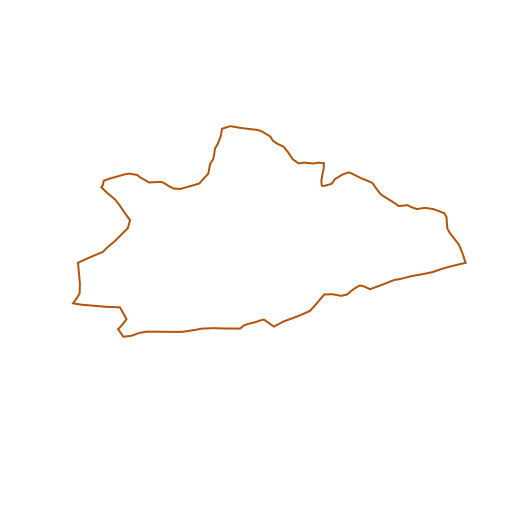 the district of Pshdar, As-Sulaymaniyah, Iraq, rotated 310°
{"feature_id": "34846034B40807866261239", "entity_name": "Pshdar", "entity_type": "district", "adm_level": 2, "iso_a3": "IRQ", "parent_name": "Iraq", "parent_adm1": "As-Sulaymaniyah", "projection": "robinson", "projection_center": [45.138, 36.265], "detail": "fine", "context": "isolated", "style": "outline", "palette": "amber", "viewbox_px": 512, "rotation_deg": 310, "n_neighbors": 0, "source": "geoboundaries", "source_scale": "gbopen_adm2", "svg_char_len": 1866}
<svg xmlns="http://www.w3.org/2000/svg" viewBox="0 0 512 512"><g transform="rotate(310 256 256)"><path d="M385.6,421.0L387.1,418.3L390.1,413.7L395.1,404.2L396.6,397.3L398.1,390.1L400.0,385.0L404.1,380.9L408.3,376.8L409.8,372.7L406.0,361.8L401.5,354.5L395.4,349.1L393.1,343.1L392.4,339.5L385.9,333.1L385.9,331.3L385.2,324.9L383.6,314.4L383.6,310.8L385.1,304.4L386.7,298.5L386.3,296.2L383.2,286.7L381.7,280.7L380.6,275.7L379.4,273.0L373.8,269.8L365.8,267.1L359.8,267.5L353.3,263.0L352.2,261.2L355.2,258.0L360.5,254.8L366.6,251.6L370.7,248.4L367.7,243.9L363.9,240.7L359.7,234.7L358.6,232.9L354.4,229.3L353.7,222.0L356.0,214.2L357.5,207.0L355.6,199.7L355.2,194.7L356.7,190.1L355.2,180.5L353.7,176.4L344.2,161.9L338.9,152.8L331.7,148.2L325.3,151.9L317.4,154.6L311.7,155.6L307.1,158.6L302.6,161.0L297.1,161.6L288.5,166.5L274.9,165.9L266.8,160.4L258.8,155.0L254.7,149.5L253.5,144.1L252.7,138.2L252.0,136.4L251.2,135.0L243.6,126.8L241.7,116.3L241.8,113.1L237.6,105.9L233.8,102.7L221.7,94.5L215.8,91.0L211.5,93.3L209.2,93.3L208.7,101.2L208.7,112.0L207.3,118.3L204.9,126.8L202.5,136.5L195.0,139.9L176.1,138.2L166.2,136.5L160.5,136.0L152.9,132.0L144.9,128.0L139.7,125.5L136.4,124.0L130.7,129.7L121.7,138.8L113.7,145.1L109.9,145.6L102.2,146.3L105.9,152.7L120.7,173.8L129.2,184.8L124.4,197.4L117.0,197.8L111.3,197.4L108.9,206.3L115.0,212.0L122.0,216.0L127.8,220.9L134.5,229.0L142.9,239.2L150.7,248.5L160.5,257.1L165.5,261.1L173.3,269.7L180.0,278.2L190.1,290.4L195.5,291.6L198.9,293.6L202.4,296.2L205.0,298.1L209.7,300.9L212.4,303.0L213.4,315.1L223.5,319.2L225.6,320.4L237.0,326.9L248.5,332.6L258.0,333.0L270.4,333.0L275.8,339.1L280.2,346.8L285.0,350.5L290.0,351.3L294.8,352.5L300.2,354.5L301.8,357.4L303.9,364.7L316.0,371.6L326.5,377.3L330.6,380.9L341.4,388.7L349.5,395.6L357.2,401.6L365.3,406.5L372.1,411.0L385.6,421.0Z" fill="none" stroke="#b45309" stroke-width="2"/></g></svg>